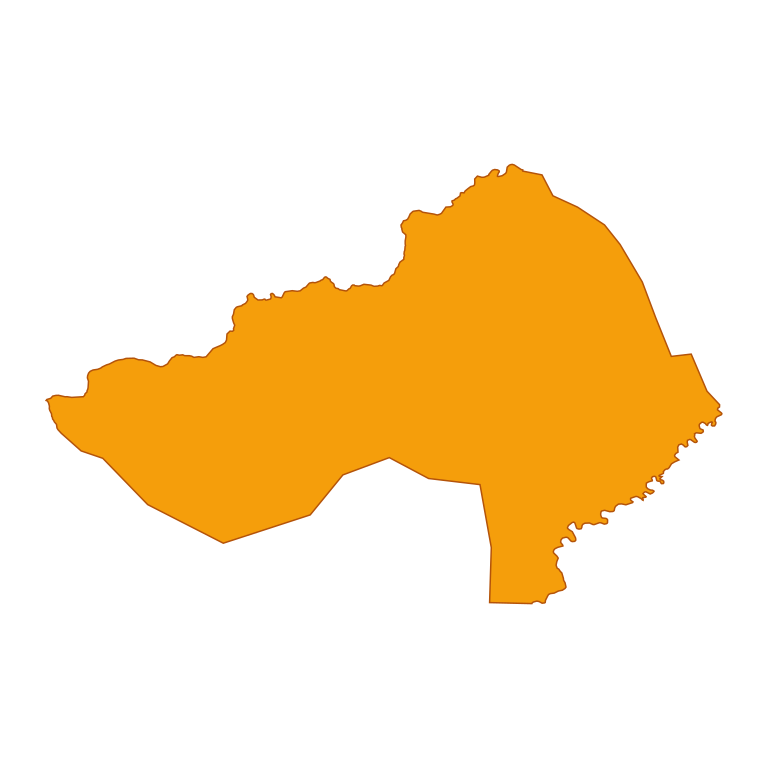 outline of Xushaat, Selenge, Mongolia
{"feature_id": "93677404B66218634749011", "entity_name": "Xushaat", "entity_type": "district", "adm_level": 2, "iso_a3": "MNG", "parent_name": "Mongolia", "parent_adm1": "Selenge", "projection": "robinson", "projection_center": [105.47, 49.721], "detail": "fine", "context": "isolated", "style": "filled", "palette": "amber", "viewbox_px": 768, "rotation_deg": 0, "n_neighbors": 0, "source": "geoboundaries", "source_scale": "gbopen_adm2", "svg_char_len": 6093}
<svg xmlns="http://www.w3.org/2000/svg" viewBox="0 0 768 768"><path d="M223.3,543.2L310.2,514.9L342.9,474.9L389.3,457.6L428.6,478.5L480.0,484.6L491.3,547.6L489.6,602.6L531.9,603.6L532.1,603.0L533.4,602.0L536.9,601.1L539.2,601.6L542.1,603.2L544.6,602.9L545.2,602.5L545.5,600.3L547.9,595.5L548.7,594.4L550.4,593.6L554.2,593.1L558.5,591.0L562.4,590.2L565.0,588.5L566.0,587.1L565.1,582.9L563.6,580.2L563.4,578.3L561.8,572.9L560.3,571.4L558.8,569.2L557.1,568.1L556.1,565.2L556.8,561.6L558.2,558.1L557.0,556.2L553.7,553.0L553.3,551.8L553.8,550.1L555.0,548.7L557.9,547.3L562.9,546.0L562.8,545.2L560.6,542.3L561.0,539.9L562.5,538.1L565.6,537.3L566.9,537.3L568.0,537.8L571.0,541.1L572.2,541.6L574.4,541.4L575.3,540.9L575.8,540.1L575.6,538.1L575.1,537.0L572.3,531.7L569.1,529.7L567.6,528.4L567.5,527.5L568.4,525.5L572.2,522.5L573.8,522.1L574.9,523.0L576.5,527.9L577.1,528.6L579.0,529.1L581.2,528.7L581.8,527.4L582.1,525.4L583.0,524.2L584.9,523.2L589.5,523.0L593.1,524.6L594.2,524.6L599.4,522.7L601.0,522.8L604.2,524.1L606.1,523.8L607.0,523.4L607.5,522.7L607.6,519.9L606.9,518.9L606.0,518.4L602.5,518.0L601.6,517.5L600.7,515.1L600.7,513.5L601.1,511.6L601.7,511.0L604.6,510.3L609.8,511.7L612.8,511.5L613.8,511.0L614.2,510.5L614.8,507.7L615.7,506.2L618.4,504.1L621.6,503.9L625.9,504.8L632.6,502.6L633.0,501.9L630.7,500.2L630.5,498.9L630.8,498.2L636.0,496.4L637.7,496.7L641.4,498.8L642.3,499.9L643.1,500.3L643.2,499.7L642.7,497.9L642.8,497.6L645.8,497.2L646.1,496.6L643.4,494.2L643.0,493.6L643.9,492.6L644.7,492.0L646.0,491.8L650.2,494.0L652.5,493.0L654.0,491.5L654.0,491.1L652.6,490.2L650.4,490.0L648.0,488.9L646.5,487.4L646.3,487.1L646.2,484.9L646.4,483.1L648.7,481.8L652.3,480.8L652.3,480.0L651.6,478.7L651.6,477.9L652.5,476.7L654.3,476.3L655.2,476.5L655.9,477.1L656.7,480.4L657.1,480.8L658.2,481.2L659.9,481.2L661.2,483.4L661.7,483.7L663.4,483.5L663.8,482.8L663.7,481.2L662.5,480.2L660.4,479.6L659.9,478.8L662.0,476.6L659.7,476.5L659.0,475.9L659.2,475.4L663.0,473.6L663.4,473.3L663.5,472.3L663.3,471.8L664.7,469.9L666.4,469.0L667.6,469.0L669.1,467.7L671.5,463.8L674.6,461.9L678.9,460.0L674.8,456.6L674.6,455.5L674.8,454.9L675.9,453.4L678.0,452.2L677.7,447.0L678.9,444.8L681.4,444.0L683.5,445.2L684.6,446.5L685.3,446.9L686.7,446.7L687.9,445.4L687.2,442.1L687.5,440.3L689.8,439.4L690.8,439.7L694.4,442.3L695.6,442.5L696.6,442.2L697.2,441.2L694.9,438.0L694.4,436.4L694.8,434.8L694.5,433.8L696.3,432.8L701.0,433.3L702.8,432.3L703.3,431.4L703.1,430.0L700.1,428.7L699.8,428.1L699.2,425.8L699.3,424.6L699.7,424.0L701.7,422.3L703.0,422.2L705.3,423.5L706.4,424.9L707.3,425.4L707.9,424.8L707.9,423.7L708.2,423.4L710.3,422.2L711.8,421.9L712.3,422.3L711.5,424.2L711.5,425.4L712.5,426.0L714.6,425.9L715.6,424.3L715.9,422.9L715.8,422.2L715.0,421.2L715.3,419.1L715.9,417.9L716.9,416.8L721.4,414.7L721.9,413.8L721.5,413.0L717.5,409.8L717.8,408.2L719.5,407.0L719.6,404.7L707.0,391.2L691.2,354.1L671.3,356.4L655.7,317.7L642.3,282.0L620.1,244.5L604.5,224.9L577.5,207.1L552.9,195.8L542.0,174.9L522.8,171.1L522.8,169.9L521.3,169.6L514.3,165.0L512.3,164.4L510.8,164.6L509.3,165.2L507.2,167.2L506.4,172.1L505.6,173.4L502.2,175.7L498.7,176.5L497.5,176.4L497.6,175.1L498.6,172.7L499.1,172.2L499.3,171.4L499.1,170.8L497.6,169.9L494.7,169.5L492.5,170.2L491.5,171.1L488.8,174.4L488.9,174.9L488.6,175.3L484.2,177.2L481.8,177.3L477.4,176.1L474.7,179.0L474.8,182.8L474.5,184.8L474.1,185.4L473.3,185.9L470.7,186.6L468.3,188.4L465.2,190.9L464.0,192.9L461.8,192.6L460.5,193.0L460.0,195.9L457.0,198.2L455.6,198.8L454.3,200.1L452.0,200.9L452.0,202.0L453.0,203.9L453.1,204.8L452.5,205.6L450.5,206.8L445.9,207.1L441.5,213.3L439.7,214.3L437.2,215.0L434.0,214.1L422.4,212.2L421.5,211.4L419.1,210.4L413.5,211.2L412.8,211.5L410.2,213.9L408.9,216.9L407.6,219.2L405.8,220.3L403.5,220.8L402.4,223.1L401.0,225.0L401.3,227.3L401.9,228.5L401.9,229.5L402.6,232.0L405.8,234.8L405.9,236.9L405.2,240.9L405.2,244.0L405.5,245.7L405.1,246.5L404.8,250.3L404.3,251.5L404.0,254.1L404.5,255.1L403.8,257.7L403.8,259.3L400.0,262.1L398.8,264.5L398.3,266.5L395.9,268.7L394.6,273.2L393.8,274.4L391.9,275.3L390.6,276.7L388.8,280.4L384.1,283.0L382.3,285.5L381.7,285.7L379.6,285.4L377.6,286.1L374.0,286.3L371.0,285.1L363.9,284.3L360.3,285.8L358.6,286.1L354.8,285.7L354.1,285.0L352.7,285.0L351.6,285.8L350.1,288.4L349.0,288.8L346.8,290.8L345.6,290.9L339.5,289.7L338.1,288.6L335.9,288.2L334.4,286.7L334.0,284.5L333.5,283.6L331.3,282.1L330.3,280.9L330.0,279.4L327.6,278.2L326.5,277.1L325.5,276.9L324.5,277.3L322.8,279.5L320.9,280.3L320.0,281.0L315.7,282.6L314.1,282.7L312.9,282.4L309.7,283.0L309.0,283.5L305.9,287.1L303.5,288.1L300.2,290.8L297.3,291.3L292.2,290.7L285.2,291.7L284.2,292.8L282.2,297.0L281.2,297.8L275.0,296.8L274.4,295.3L273.6,294.4L272.6,293.5L271.9,293.5L271.2,293.6L270.5,294.5L271.1,296.6L271.0,297.9L270.5,299.0L266.4,300.1L265.5,300.0L265.0,299.2L264.2,299.1L262.2,299.9L258.0,300.0L254.3,297.3L253.5,294.8L252.9,294.1L252.0,293.5L250.3,293.5L248.1,295.0L247.0,296.4L247.7,299.2L247.7,300.3L247.0,301.5L245.5,303.4L242.3,305.0L241.9,305.7L237.3,306.8L236.2,307.4L234.3,309.7L233.5,314.2L232.3,316.8L232.4,318.7L233.6,322.8L234.7,325.2L233.5,328.7L233.7,330.3L232.5,331.3L230.0,331.1L227.0,334.0L226.5,340.1L225.2,342.6L222.6,344.4L220.3,345.6L213.1,348.6L206.1,356.8L202.8,357.4L198.8,356.7L193.9,357.4L191.7,356.2L189.4,355.7L185.8,355.7L184.4,355.6L182.8,354.8L179.4,355.2L176.9,354.7L175.7,355.4L174.5,356.7L172.0,357.7L169.3,361.1L167.6,363.9L162.9,366.5L160.4,366.7L155.9,365.4L150.1,361.9L142.4,359.9L138.6,359.8L134.1,358.2L126.0,358.4L123.1,359.4L118.4,360.0L115.0,361.1L109.4,364.0L106.5,364.9L102.3,366.9L100.7,368.1L97.7,369.3L93.0,370.0L90.2,371.3L88.6,373.1L87.6,375.8L87.4,377.9L88.5,381.2L88.1,387.4L87.8,389.1L87.1,390.6L87.0,391.9L85.0,393.9L84.7,395.2L83.4,396.7L71.7,397.4L67.0,396.7L65.2,396.8L58.5,395.3L55.8,395.4L52.7,396.1L50.7,398.3L46.8,399.5L46.1,400.5L47.5,401.0L48.6,403.1L49.4,406.1L49.3,408.8L49.7,410.2L51.5,413.8L51.7,416.2L52.4,417.5L52.6,419.0L53.7,420.4L54.3,421.8L56.5,424.4L57.0,428.0L58.0,429.7L61.3,433.3L81.1,450.9L102.8,458.3L147.7,504.6L223.3,543.2Z" fill="#f59e0b" stroke="#b45309" stroke-width="1.5"/></svg>